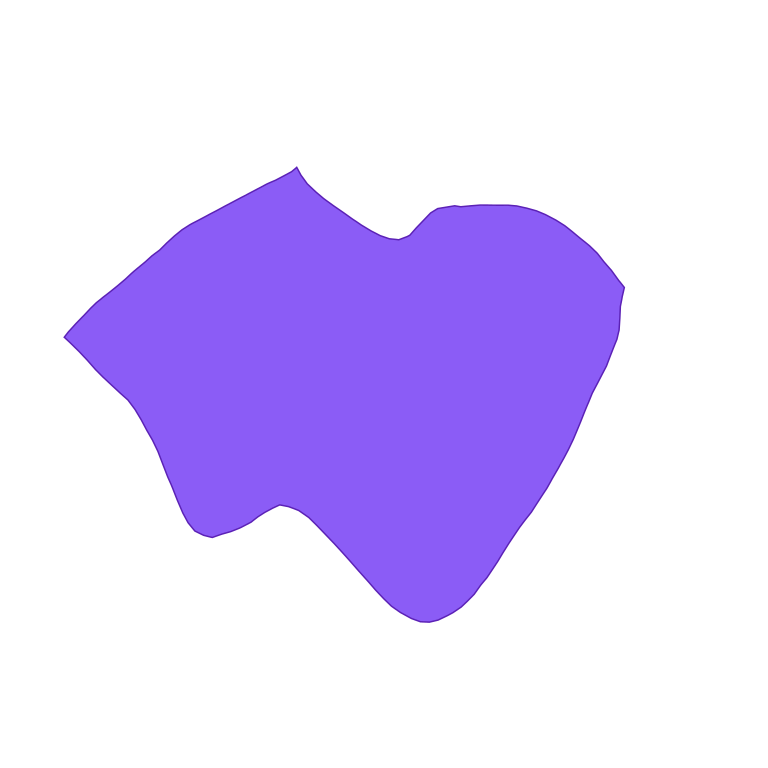 the district of Haridah, Hadramawt, Yemen, rotated 151°
{"feature_id": "15242507B86520144801681", "entity_name": "Haridah", "entity_type": "district", "adm_level": 2, "iso_a3": "YEM", "parent_name": "Yemen", "parent_adm1": "Hadramawt", "projection": "equal_earth", "projection_center": [48.179, 15.546], "detail": "fine", "context": "isolated", "style": "filled", "palette": "violet", "viewbox_px": 768, "rotation_deg": 151, "n_neighbors": 0, "source": "geoboundaries", "source_scale": "gbopen_adm2", "svg_char_len": 2859}
<svg xmlns="http://www.w3.org/2000/svg" viewBox="0 0 768 768"><g transform="rotate(151 384 384)"><path d="M641.0,579.9L639.7,576.0L638.6,572.6L635.0,560.5L632.0,548.8L631.1,544.7L629.3,536.4L626.8,527.6L626.5,526.5L622.6,514.5L619.3,504.4L619.0,503.5L615.7,494.1L614.1,482.4L613.7,470.4L613.9,458.4L613.7,447.1L614.4,434.7L616.3,421.3L618.2,407.5L618.9,399.4L619.3,395.8L619.9,391.4L621.1,382.4L622.5,368.5L622.5,367.0L622.6,357.6L620.7,347.1L615.1,339.1L610.0,334.3L608.5,333.0L604.9,332.4L598.5,331.3L594.3,330.3L589.6,329.2L581.0,328.1L578.7,327.9L575.0,327.8L567.2,327.6L564.4,328.1L558.5,329.0L550.5,329.5L544.2,329.4L541.8,329.4L534.8,328.9L533.8,328.8L527.0,323.1L523.2,318.7L519.9,314.7L514.5,303.7L511.2,292.4L508.5,282.2L507.6,278.8L506.9,276.2L506.3,273.8L504.9,268.6L502.2,257.3L499.7,246.4L496.7,232.5L493.4,218.1L491.3,208.0L489.9,202.5L488.3,196.3L485.2,186.1L482.8,181.1L480.4,176.2L474.2,166.4L473.7,165.6L467.4,158.4L459.7,153.7L455.8,152.6L451.1,151.3L442.8,150.8L441.0,150.7L434.7,150.6L424.6,151.5L416.5,153.6L407.0,156.4L397.2,161.1L395.5,161.8L387.9,164.7L378.0,169.8L370.5,173.7L362.4,178.4L353.7,183.2L351.1,184.6L344.1,188.2L334.9,192.9L326.8,196.5L317.2,200.5L308.5,205.2L300.4,209.5L292.0,213.9L286.0,217.6L282.7,219.7L272.3,225.9L268.4,228.4L262.4,232.1L254.6,237.2L245.3,243.8L238.3,249.3L230.5,255.5L222.0,262.5L216.1,267.2L213.6,269.1L213.0,269.6L206.3,275.0L196.8,281.2L188.7,286.6L180.8,291.8L173.0,298.4L166.0,304.2L162.1,307.4L158.7,310.1L153.9,315.4L152.3,317.1L145.9,327.1L139.7,337.2L134.9,342.9L133.0,345.3L132.3,346.0L127.0,351.9L128.1,358.6L128.5,360.6L130.0,373.0L131.6,380.4L132.5,384.7L133.1,388.7L134.1,394.9L137.2,405.1L138.9,409.4L141.6,416.0L142.8,419.0L145.3,425.5L147.3,430.4L149.2,434.9L154.2,444.0L160.7,453.9L166.7,461.5L172.8,467.5L174.1,468.8L174.5,469.1L181.5,475.3L188.9,480.3L196.6,484.5L204.9,489.2L206.4,490.1L213.2,493.9L221.8,497.8L230.7,501.7L230.8,501.7L235.8,505.6L252.0,511.4L260.3,511.0L280.0,504.9L289.3,501.6L292.5,501.7L293.7,501.9L301.2,503.0L303.1,504.4L308.9,508.4L315.4,515.6L317.9,519.4L321.0,524.0L325.2,531.3L326.7,533.9L329.5,539.5L331.5,543.3L336.2,553.2L341.8,564.5L346.0,573.5L346.9,575.5L350.5,585.0L354.1,596.3L354.9,603.1L355.4,606.8L355.3,615.8L356.6,615.5L361.9,614.5L370.6,614.6L375.3,614.7L380.1,614.8L385.8,615.4L389.5,615.7L400.2,615.9L409.4,616.1L415.7,616.2L417.7,616.3L422.8,616.4L428.1,616.5L437.6,616.7L439.9,616.7L447.1,616.8L454.4,617.0L457.1,617.0L462.8,617.1L467.8,617.2L473.9,617.4L476.7,617.4L478.1,617.3L485.9,616.8L495.4,615.1L505.5,612.7L515.3,609.9L520.6,609.2L524.8,608.6L533.8,606.5L543.0,604.8L547.7,603.9L551.4,603.1L559.7,601.0L564.8,600.0L569.8,599.0L579.6,597.3L588.0,596.0L591.1,595.4L596.0,594.6L603.8,592.5L613.7,589.3L615.5,588.8L624.1,586.2L634.7,582.6L638.7,580.9L641.0,579.9Z" fill="#8b5cf6" stroke="#5b21b6" stroke-width="1.5"/></g></svg>